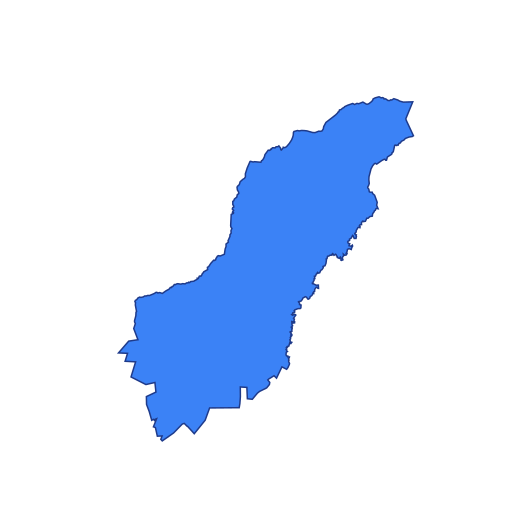 the district of Nyanga, Manicaland, Zimbabwe, rotated 26°
{"feature_id": "62879985B16821678583413", "entity_name": "Nyanga", "entity_type": "district", "adm_level": 2, "iso_a3": "ZWE", "parent_name": "Zimbabwe", "parent_adm1": "Manicaland", "projection": "natural_earth1", "projection_center": [32.82, -17.911], "detail": "fine", "context": "isolated", "style": "filled", "palette": "blue", "viewbox_px": 512, "rotation_deg": 26, "n_neighbors": 0, "source": "geoboundaries", "source_scale": "gbopen_adm2", "svg_char_len": 6117}
<svg xmlns="http://www.w3.org/2000/svg" viewBox="0 0 512 512"><g transform="rotate(26 256 256)"><path d="M184.5,408.0L194.2,403.9L196.7,419.5L213.4,419.8L220.6,414.0L225.7,422.2L219.1,430.4L222.7,437.4L228.2,442.6L234.3,449.4L235.4,447.8L237.0,448.3L236.6,447.4L238.0,445.8L238.7,454.5L240.8,454.3L246.3,461.2L250.5,458.9L250.8,462.5L252.8,463.3L259.5,451.2L263.4,439.4L264.9,437.9L268.6,439.2L269.1,439.1L278.4,442.8L282.3,425.9L280.9,412.9L307.4,399.7L306.2,395.7L303.6,389.2L299.3,380.6L305.4,378.1L310.8,388.1L315.5,386.4L317.4,378.6L318.6,376.1L323.4,369.9L324.4,365.7L323.8,363.6L320.9,362.2L321.3,361.1L324.7,355.7L328.0,356.8L327.9,344.3L333.2,344.4L333.6,342.3L333.5,338.9L333.2,337.8L331.8,336.8L331.1,335.6L331.3,335.1L330.2,334.1L330.5,332.9L330.3,332.1L328.8,332.8L328.5,332.0L327.2,332.4L326.2,331.5L325.4,329.2L326.1,328.1L325.2,327.9L324.9,327.2L324.1,327.0L324.4,326.2L323.4,325.2L323.7,323.9L324.3,324.1L324.4,323.0L325.0,322.6L324.4,319.3L324.8,319.1L325.7,319.4L326.0,317.9L324.3,318.1L323.9,317.1L323.1,316.5L323.4,315.4L323.0,314.4L322.6,314.3L322.7,313.6L322.2,312.7L322.3,312.4L323.0,312.3L323.0,311.2L322.2,310.6L321.6,310.9L321.3,310.0L319.9,309.4L320.0,308.9L320.9,308.7L321.3,307.9L320.4,306.5L320.5,305.7L320.0,304.7L319.4,305.0L318.8,304.5L319.5,303.0L319.3,302.3L318.5,302.1L316.9,299.2L318.3,298.9L318.3,300.3L320.0,299.2L319.5,298.0L318.8,297.8L318.3,297.0L318.2,295.9L317.0,295.5L317.7,291.6L317.2,291.4L316.0,291.7L314.9,293.2L313.8,293.0L314.2,292.4L314.0,290.9L314.8,290.6L315.4,289.5L314.9,288.6L314.3,288.6L314.5,287.4L316.8,284.9L318.7,283.9L319.1,283.0L318.0,280.3L316.4,280.6L315.8,279.2L314.6,278.9L314.2,278.4L316.3,276.7L316.7,274.6L316.5,273.5L318.1,271.0L319.5,270.9L321.5,272.0L322.2,271.7L322.8,270.2L322.5,268.7L323.4,267.3L323.7,265.9L323.3,264.6L324.3,264.4L323.5,262.8L324.2,262.1L323.4,260.3L323.8,257.8L324.2,257.4L325.8,257.9L326.4,257.7L324.8,254.8L322.8,255.9L320.0,255.8L318.9,256.1L318.6,255.8L319.0,255.5L318.7,253.9L318.9,252.6L318.2,250.9L318.8,250.5L317.4,248.6L318.3,248.0L318.1,245.8L318.8,244.7L318.4,244.1L318.5,243.7L319.5,244.1L320.6,243.2L320.5,240.5L321.3,239.3L321.6,237.0L320.8,236.0L322.3,234.5L322.1,231.9L321.2,229.1L320.4,227.9L321.0,227.3L320.4,224.9L321.5,224.1L322.1,222.9L323.1,222.4L323.9,220.2L324.5,220.5L324.5,221.2L324.9,220.8L325.8,221.2L326.7,219.5L327.5,219.7L328.3,220.6L329.2,220.7L329.7,221.7L332.0,221.6L332.2,220.0L333.0,220.5L334.3,222.6L334.8,222.5L335.8,221.3L334.5,220.0L334.3,218.7L334.7,217.3L333.8,216.1L335.3,216.5L336.6,215.6L336.8,214.0L336.7,213.7L335.9,214.0L335.8,211.7L335.3,210.0L336.4,208.6L338.8,208.4L338.4,206.6L338.5,204.7L337.8,204.0L337.2,205.5L335.1,206.0L334.8,203.8L333.5,204.2L332.3,203.2L332.2,202.5L333.3,201.0L332.6,199.9L333.7,198.3L333.8,195.1L334.3,195.2L336.6,197.2L338.2,196.4L337.6,194.2L336.9,193.8L336.9,193.0L335.2,192.9L334.9,192.5L335.5,190.5L334.9,189.2L335.2,185.7L335.6,185.2L337.0,185.0L336.7,184.0L335.6,183.3L335.8,182.4L337.1,181.5L336.2,180.0L336.5,178.1L336.8,177.7L337.5,178.0L339.1,176.8L339.0,173.5L340.2,172.9L341.0,170.7L343.1,169.2L342.3,166.9L342.8,164.4L342.6,163.5L343.2,162.6L343.1,160.9L343.4,160.4L345.0,160.0L342.2,157.5L341.4,154.6L336.0,149.4L333.4,148.7L332.5,147.7L330.7,148.6L329.7,148.6L328.1,146.5L326.5,145.7L326.1,144.8L326.3,143.6L326.0,141.2L324.0,138.0L322.8,135.2L321.2,127.3L321.3,123.7L322.0,121.0L322.7,120.4L324.2,120.5L327.3,114.9L328.7,113.0L329.4,112.5L330.6,113.1L331.3,112.7L330.7,109.4L333.1,105.5L333.4,104.5L333.0,103.5L333.7,102.2L332.2,96.0L332.4,95.3L334.1,95.0L334.3,94.3L335.2,94.0L335.1,92.1L336.2,91.1L336.4,89.2L338.2,86.8L338.7,84.9L341.4,82.0L344.1,80.1L344.8,78.9L331.6,68.2L330.5,67.0L329.3,48.7L321.0,53.1L317.2,53.8L315.1,53.6L310.9,54.2L309.6,56.3L308.6,56.6L308.0,57.7L306.4,58.4L303.7,57.9L302.2,58.7L301.6,58.1L300.4,58.1L299.1,59.0L297.1,58.9L296.5,59.2L293.7,61.7L292.4,63.5L292.6,64.8L292.2,66.5L290.7,69.6L289.4,70.9L288.6,71.1L284.6,70.8L281.6,74.1L279.8,74.6L278.2,76.6L276.1,76.5L272.3,80.3L270.2,82.9L269.9,84.1L269.0,85.2L268.2,87.2L267.0,88.1L267.2,90.1L266.7,90.5L266.6,91.8L265.7,94.3L260.3,105.3L260.1,109.9L260.8,112.5L260.4,114.8L258.9,115.9L257.8,116.2L255.0,119.2L252.7,120.2L247.0,121.2L244.7,122.0L241.9,123.2L239.9,124.7L238.3,125.0L235.5,127.5L235.5,128.6L236.5,131.0L236.9,133.1L237.1,136.1L236.6,140.2L235.5,144.4L234.4,146.0L232.8,146.3L233.0,147.0L232.4,149.6L231.7,149.6L230.8,148.3L228.3,147.0L227.9,148.0L226.1,149.1L225.8,150.4L223.5,151.4L222.9,152.6L223.1,152.5L222.9,153.5L221.9,155.2L220.6,155.5L219.6,160.9L220.1,163.5L220.0,165.8L219.8,167.1L219.2,167.9L219.3,169.6L213.3,171.9L212.2,172.8L209.6,173.3L209.2,173.7L209.5,180.7L210.4,186.8L211.8,189.5L211.6,191.3L210.5,193.0L209.2,196.2L209.7,199.1L208.8,201.5L208.8,202.5L210.3,204.8L212.4,206.2L213.1,207.4L212.3,209.2L212.9,211.5L211.6,214.3L211.8,216.1L211.2,217.1L212.7,220.1L213.6,220.4L214.6,221.8L213.9,222.8L214.1,224.2L215.9,224.8L215.6,226.4L215.8,227.2L216.7,226.8L216.9,227.0L217.0,227.6L215.5,229.5L219.9,239.8L220.7,240.9L222.3,241.8L222.4,244.2L223.6,246.3L223.3,248.4L224.0,249.8L224.2,254.6L225.1,255.7L223.8,258.4L224.9,260.5L225.2,263.2L226.8,268.3L223.9,271.6L222.0,272.2L221.4,273.1L221.1,275.9L221.4,277.1L220.7,278.2L220.0,278.1L219.7,278.6L218.6,282.4L218.1,286.3L217.3,287.5L218.5,289.4L215.9,293.2L216.0,294.0L215.5,295.1L215.6,297.6L215.2,298.4L214.6,298.4L213.9,299.0L214.0,301.5L212.9,301.7L213.3,302.8L212.6,303.5L212.4,304.3L211.7,304.8L211.2,305.9L208.4,307.7L208.0,309.0L206.9,309.1L206.7,309.9L205.4,310.6L204.5,312.1L202.0,313.1L200.9,314.2L197.8,315.2L196.7,316.1L196.2,317.0L195.1,317.4L194.6,319.8L193.9,320.3L193.9,321.4L192.8,321.8L192.4,323.9L190.4,326.7L188.2,330.7L185.4,331.1L184.0,332.3L182.8,332.1L182.0,332.6L181.1,334.2L177.5,338.3L176.1,338.8L174.8,340.1L173.5,340.7L172.6,342.2L170.7,343.7L169.5,343.9L168.3,345.4L167.9,347.6L167.0,348.8L167.2,350.2L168.1,350.6L169.0,352.9L173.0,358.3L172.8,359.1L174.2,362.4L175.2,367.4L175.7,368.4L177.2,369.7L177.9,374.8L186.6,383.0L178.9,388.3L174.9,403.4L183.2,399.8L184.5,408.0Z" fill="#3b82f6" stroke="#1e3a8a" stroke-width="1.5"/></g></svg>